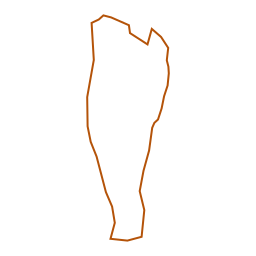 map outline of Lyantonde (Equal Earth projection)
{"feature_id": "UGA-5618", "entity_name": "Lyantonde", "entity_type": "District", "adm_level": 1, "iso_a3": "UGA", "parent_name": "Uganda", "parent_adm1": "", "projection": "equal_earth", "projection_center": [31.198, -0.28], "detail": "fine", "context": "isolated", "style": "outline", "palette": "amber", "viewbox_px": 256, "rotation_deg": 0, "n_neighbors": 0, "source": "natural_earth", "source_scale": "10m", "svg_char_len": 522}
<svg xmlns="http://www.w3.org/2000/svg" viewBox="0 0 256 256"><path d="M103.4,15.4L111.1,17.4L128.9,25.2L130.0,33.1L147.5,44.4L151.8,28.9L161.1,37.0L168.2,47.9L166.8,60.3L168.4,66.7L168.8,73.4L167.6,85.5L164.1,96.2L161.6,108.5L158.0,119.5L154.4,122.8L152.2,127.8L149.1,150.5L143.5,170.8L139.7,191.1L144.3,210.1L141.6,236.8L127.4,240.6L110.5,238.8L114.8,222.8L112.1,206.6L105.9,192.1L96.6,156.6L90.7,141.8L87.6,126.3L87.2,97.1L93.8,60.0L91.6,22.9L98.8,19.5L103.4,15.4Z" fill="none" stroke="#b45309" stroke-width="2"/></svg>